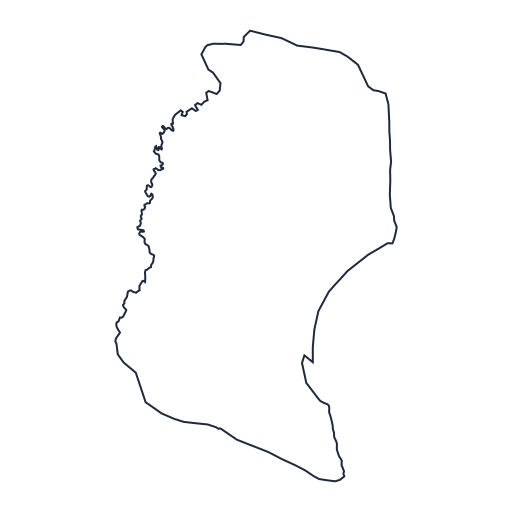 outline of Doma, Nassarawa, Nigeria
{"feature_id": "59680162B87556890682936", "entity_name": "Doma", "entity_type": "district", "adm_level": 2, "iso_a3": "NGA", "parent_name": "Nigeria", "parent_adm1": "Nassarawa", "projection": "natural_earth1", "projection_center": [8.177, 8.137], "detail": "fine", "context": "isolated", "style": "outline", "palette": "slate", "viewbox_px": 512, "rotation_deg": 0, "n_neighbors": 0, "source": "geoboundaries", "source_scale": "gbopen_adm2", "svg_char_len": 4392}
<svg xmlns="http://www.w3.org/2000/svg" viewBox="0 0 512 512"><path d="M236.9,439.7L248.8,444.4L255.8,447.1L268.0,451.9L282.1,459.2L290.8,463.2L296.2,465.7L305.0,470.3L313.8,476.2L319.0,479.0L325.9,480.1L335.2,481.3L339.8,479.9L344.3,476.4L343.5,474.0L343.5,473.2L343.7,472.5L343.8,471.9L344.0,471.3L343.6,470.0L343.2,469.5L342.7,467.9L342.4,466.9L342.0,466.5L341.6,465.6L341.5,464.9L341.8,464.5L341.7,464.0L341.6,463.1L341.6,462.4L341.7,462.2L341.7,461.7L341.8,461.0L341.8,460.8L341.4,459.9L340.0,457.8L338.9,455.8L338.1,453.5L337.0,450.0L336.8,448.8L336.9,445.4L336.9,444.0L336.7,442.7L335.5,439.8L334.3,437.5L334.1,436.2L334.1,435.4L334.0,433.5L333.9,432.1L333.5,431.3L333.2,430.2L332.9,428.8L332.7,426.9L332.7,425.9L331.8,421.4L330.5,416.5L330.1,415.0L329.3,412.9L329.1,411.7L329.2,409.9L329.3,408.2L328.9,405.8L327.8,404.5L325.7,403.5L324.1,403.1L322.7,402.2L320.8,401.3L319.9,400.5L318.3,398.6L306.3,382.9L302.0,363.0L304.4,355.4L312.8,362.2L312.8,347.0L314.4,329.2L318.4,311.1L328.8,291.7L335.3,284.4L340.7,278.6L347.4,271.1L368.2,254.7L378.5,248.7L386.5,243.9L387.7,243.2L392.4,243.4L394.2,238.9L396.0,231.5L396.7,227.0L394.2,220.7L393.9,216.0L390.8,207.9L390.2,199.7L389.8,195.1L390.3,180.8L390.1,169.8L391.1,161.8L390.1,149.8L390.0,140.5L389.3,130.8L389.3,122.1L388.4,104.3L385.6,93.5L378.2,91.0L373.3,90.2L368.1,86.3L358.0,64.8L347.5,56.6L339.7,52.1L318.3,48.4L318.0,48.4L312.5,47.5L297.2,45.6L288.0,41.2L281.4,38.1L264.6,34.4L250.1,30.7L243.8,36.9L243.5,41.6L240.7,45.0L225.1,43.7L221.6,43.9L213.4,43.7L207.3,45.2L205.4,47.0L201.4,54.4L208.4,69.6L213.0,72.6L220.5,83.2L219.7,90.6L216.7,94.0L208.7,91.0L206.2,92.8L207.6,100.2L204.1,101.8L201.4,104.8L197.5,103.1L195.0,105.1L197.8,109.9L195.8,111.0L191.9,108.3L186.6,111.8L186.9,114.0L185.3,116.2L181.6,115.2L182.7,111.9L180.7,110.4L175.0,114.9L172.7,119.0L172.7,121.8L173.0,123.6L171.4,123.9L171.3,124.7L172.8,127.2L173.6,129.9L173.2,130.8L171.8,130.3L169.9,128.3L168.2,127.7L166.5,129.0L164.6,127.9L163.5,126.2L162.6,126.0L162.1,126.5L162.1,127.4L163.1,128.2L163.9,128.9L164.7,130.6L164.0,132.2L163.3,133.3L162.2,133.9L160.8,132.8L160.0,132.8L159.7,133.4L160.5,135.2L161.1,137.5L160.9,138.7L162.0,140.7L162.5,142.5L161.7,144.4L161.2,146.4L161.9,148.5L161.6,149.4L160.6,148.8L160.0,147.3L158.9,147.0L158.6,147.7L158.8,149.2L158.3,150.1L157.2,149.7L156.1,146.1L155.4,146.6L154.9,148.3L154.5,150.2L153.9,151.5L156.0,153.8L158.3,154.4L159.1,155.7L159.3,157.2L159.2,159.9L160.0,161.5L160.8,162.3L162.5,162.8L163.0,163.7L162.6,164.3L161.8,165.2L160.6,165.5L160.7,166.5L161.3,167.4L163.0,167.8L163.2,168.5L162.5,169.2L161.1,169.4L160.5,170.1L158.9,170.2L157.8,169.8L156.6,168.7L155.6,168.2L154.9,168.8L153.7,169.1L153.6,169.7L154.2,171.1L155.1,172.1L155.8,173.6L154.9,175.2L153.9,176.3L153.0,178.0L151.8,178.9L151.2,180.3L151.2,182.3L152.3,184.4L152.2,185.7L151.3,187.1L150.3,186.9L149.1,185.7L148.0,185.3L147.1,185.5L146.8,186.5L146.7,189.4L145.1,191.2L145.6,192.7L147.0,194.9L147.7,196.1L149.4,196.7L150.6,195.7L150.8,194.2L151.5,193.7L152.5,194.7L152.8,197.0L152.4,198.4L151.0,199.7L150.0,200.9L150.1,202.6L149.4,203.3L147.4,203.2L145.1,204.5L144.3,205.1L144.6,206.4L145.2,206.9L144.6,208.7L143.3,209.8L141.9,209.7L141.4,210.7L142.0,213.6L141.8,214.7L141.0,215.4L140.8,216.3L141.0,217.4L141.6,218.3L141.5,219.1L140.5,220.0L140.1,220.8L140.5,221.9L140.8,223.6L140.0,225.7L137.3,227.2L137.9,229.4L143.0,230.1L143.6,230.4L143.9,231.5L142.7,231.8L140.8,231.6L139.8,232.1L139.2,233.8L139.6,234.8L143.3,237.3L144.8,239.0L144.5,242.3L145.4,244.1L147.6,245.3L148.6,246.2L149.4,249.3L149.7,252.6L151.2,254.0L153.0,254.6L154.1,255.5L153.9,257.2L153.5,258.4L153.4,260.8L152.6,263.0L151.5,264.4L151.1,265.2L151.0,267.1L149.6,267.8L148.4,268.5L147.1,269.7L145.6,270.1L145.0,272.2L145.3,277.9L145.0,282.0L143.1,280.8L142.3,281.2L139.5,285.9L139.4,288.5L139.6,290.3L137.9,291.2L136.2,292.7L133.1,291.9L131.1,290.4L129.1,290.8L127.9,291.7L127.0,296.6L125.6,299.0L124.3,301.1L124.4,303.3L122.9,305.1L123.9,307.4L126.3,310.0L125.7,311.5L123.2,316.5L121.6,317.7L119.9,317.5L118.5,321.4L116.9,322.2L116.2,324.1L116.7,327.0L118.3,330.0L120.0,332.6L117.8,335.8L116.0,338.3L115.3,341.4L116.4,343.5L117.8,354.4L123.6,362.5L135.8,372.7L145.6,402.2L157.8,410.7L161.3,413.2L162.2,413.7L174.1,418.8L183.8,421.9L197.2,423.4L207.9,424.5L216.2,427.3L218.6,428.8L220.1,428.4L221.3,429.0L224.2,431.0L236.9,439.7Z" fill="none" stroke="#1e293b" stroke-width="2"/></svg>